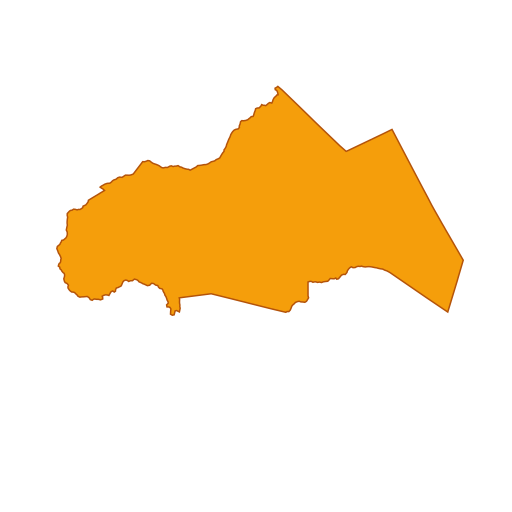 Vitória da Conquista, Bahia, Brazil (Mercator projection), rotated 62°
{"feature_id": "56859067B29313776642568", "entity_name": "Vitória da Conquista", "entity_type": "district", "adm_level": 2, "iso_a3": "BRA", "parent_name": "Brazil", "parent_adm1": "Bahia", "projection": "mercator", "projection_center": [-40.964, -15.074], "detail": "fine", "context": "isolated", "style": "filled", "palette": "amber", "viewbox_px": 512, "rotation_deg": 62, "n_neighbors": 0, "source": "geoboundaries", "source_scale": "gbopen_adm2", "svg_char_len": 4903}
<svg xmlns="http://www.w3.org/2000/svg" viewBox="0 0 512 512"><g transform="rotate(62 256 256)"><path d="M116.5,157.1L116.8,158.7L116.8,160.4L118.2,160.9L119.5,160.0L121.0,160.0L122.8,160.4L124.0,160.8L123.6,162.0L124.2,163.3L124.7,165.5L125.9,167.4L127.3,168.8L128.4,170.3L127.0,171.7L127.0,173.3L127.5,175.2L127.8,176.8L126.9,177.8L126.2,179.0L125.0,179.9L126.0,181.4L126.7,183.8L125.9,185.5L125.8,187.2L127.1,188.3L128.0,189.4L129.0,190.5L130.4,191.8L131.4,193.0L130.7,194.8L131.2,196.2L131.4,197.6L131.8,199.2L131.5,201.4L130.7,203.6L129.8,205.0L130.2,206.6L132.0,208.1L133.4,209.8L134.7,210.3L135.4,212.2L134.7,214.3L134.6,216.2L135.2,218.1L136.0,219.7L137.0,221.3L138.0,222.3L139.0,223.5L140.2,225.3L142.2,227.6L143.9,229.7L145.2,230.8L146.5,232.7L147.3,234.4L148.6,235.1L149.3,236.9L150.0,238.2L151.1,240.0L152.4,242.0L152.4,244.1L152.2,245.9L152.6,247.8L152.3,249.3L151.8,251.3L152.1,253.7L152.1,255.8L151.7,257.5L150.9,259.1L150.3,261.2L149.7,262.9L148.8,265.0L149.3,267.0L149.3,273.9L147.9,274.7L147.1,276.0L145.7,277.6L144.0,279.2L142.7,280.0L141.6,281.3L139.6,282.4L139.2,284.2L138.5,285.6L138.1,287.2L136.6,288.5L136.2,290.2L136.3,291.5L136.2,292.8L135.2,294.4L134.7,296.5L133.8,297.6L132.4,298.4L130.9,299.1L129.9,299.8L128.3,301.1L127.1,302.3L125.6,303.6L123.6,304.6L122.1,305.2L120.9,306.7L120.8,308.4L120.4,310.3L119.5,311.7L126.0,325.9L125.7,328.4L125.2,330.0L124.2,331.7L123.3,333.4L123.5,335.3L123.7,337.3L122.3,339.4L122.0,341.3L122.5,343.5L122.1,345.9L122.3,347.6L122.8,348.9L123.1,350.9L122.0,353.3L121.6,355.8L121.7,357.7L121.7,359.6L122.0,361.3L123.5,360.6L124.9,359.7L127.0,359.0L128.1,377.8L129.3,378.7L130.2,380.4L131.0,382.3L130.9,383.7L130.8,385.3L132.0,386.3L132.2,388.0L132.3,389.6L131.5,390.9L131.3,392.3L130.0,393.6L129.0,395.1L129.2,396.9L128.7,398.3L128.8,399.6L129.3,401.0L129.9,402.7L131.4,403.6L133.3,404.1L135.2,405.5L137.1,406.7L138.6,407.5L140.2,408.1L141.7,409.4L142.9,410.4L144.0,411.3L146.1,411.4L148.3,412.4L149.8,413.8L150.7,415.1L151.0,416.3L151.5,418.5L151.0,420.2L152.0,421.2L152.7,422.5L153.7,423.8L154.0,425.4L154.3,426.9L156.0,428.4L158.3,428.6L160.6,429.0L162.6,428.8L164.9,428.9L166.7,429.2L167.6,430.1L168.9,430.9L170.0,431.9L170.2,433.3L171.1,434.4L172.1,435.3L173.7,434.5L175.3,435.1L176.8,434.5L178.3,434.5L180.2,434.1L181.3,433.5L182.6,433.8L183.8,434.4L184.9,435.4L185.9,436.4L188.2,437.0L189.9,437.0L191.6,435.7L193.7,435.3L194.9,436.5L196.0,437.0L197.4,436.9L198.8,436.7L200.2,436.2L201.3,435.6L202.1,434.3L203.1,433.3L204.4,433.0L206.3,432.3L207.9,432.1L209.6,430.9L210.3,429.0L211.0,427.6L211.8,425.7L212.5,424.0L214.6,422.9L216.7,422.8L218.2,421.4L217.9,419.9L218.2,418.7L219.4,417.1L220.3,415.4L221.7,413.9L222.0,411.5L220.5,410.8L219.3,410.7L219.2,409.1L219.6,407.2L220.5,405.7L221.8,404.4L220.4,402.3L219.5,400.7L219.6,398.9L221.3,398.1L221.1,396.6L219.8,395.8L218.7,394.3L219.1,392.5L219.1,391.1L219.2,389.4L218.5,388.2L217.6,387.2L216.4,385.7L215.8,384.1L216.1,382.2L217.3,381.0L218.7,380.4L218.9,378.5L219.8,376.7L219.3,374.2L220.9,372.5L222.2,371.7L223.7,371.5L224.9,370.6L226.0,369.7L227.4,368.9L228.4,367.9L229.6,367.0L231.2,365.8L231.9,363.6L231.4,362.2L231.1,360.9L232.3,359.3L233.5,358.8L234.9,358.0L235.9,356.6L237.7,356.7L239.4,356.2L240.9,354.4L242.3,354.2L243.5,354.5L244.8,354.5L246.2,354.4L247.9,354.8L249.6,354.6L251.3,354.8L253.4,355.2L255.1,355.1L256.5,355.7L257.2,357.9L259.2,358.5L260.0,357.0L261.0,356.1L262.8,356.0L264.7,357.3L267.2,358.8L269.0,357.7L269.5,355.9L268.3,354.8L266.5,353.2L266.9,351.7L267.9,351.0L269.4,349.9L268.1,348.8L266.5,347.5L264.8,347.0L263.5,346.2L261.6,345.6L259.9,344.7L258.6,343.9L256.9,343.4L268.3,313.3L280.6,299.6L291.8,287.2L294.1,284.7L309.9,267.2L319.7,256.1L319.6,254.7L320.5,253.1L319.8,251.1L318.5,249.5L317.0,247.8L316.4,246.2L316.1,244.6L315.5,243.0L315.7,241.0L316.2,239.2L317.6,237.9L318.7,236.1L319.8,234.6L319.7,232.7L318.6,230.8L317.6,229.2L315.7,228.8L303.4,222.3L303.7,220.2L304.7,218.8L305.9,218.1L306.3,216.5L306.9,215.3L308.2,214.1L308.8,212.2L310.2,210.6L310.4,208.7L311.1,206.7L312.0,204.5L311.3,202.4L310.7,201.0L311.8,199.4L312.8,197.7L312.9,195.9L314.4,195.6L314.8,193.9L314.1,192.0L313.0,189.5L313.3,187.2L314.2,185.9L313.7,184.6L313.2,183.4L312.0,182.3L311.0,180.4L310.4,178.7L310.3,176.9L311.8,175.9L312.7,174.0L312.7,171.9L313.2,170.3L314.1,169.1L314.4,167.7L315.7,166.4L317.0,164.6L317.5,163.2L318.2,161.6L319.0,160.3L320.0,158.9L321.1,157.6L322.1,156.4L323.1,155.0L324.3,153.8L325.9,151.9L327.0,150.3L328.9,149.0L330.6,147.4L332.4,146.2L333.5,145.5L373.1,124.9L395.5,113.0L375.5,93.1L372.1,89.7L370.6,88.3L357.0,75.0L353.9,75.1L342.8,75.5L328.5,76.0L321.1,76.3L319.4,76.3L314.8,76.5L310.0,76.6L299.1,76.9L293.4,77.0L285.9,76.9L275.8,76.9L252.2,76.8L209.8,76.5L208.1,76.5L207.8,86.0L206.1,125.2L205.9,127.3L197.9,130.3L171.4,139.0L164.3,141.3L158.9,143.0L143.3,148.0L121.4,155.1L116.5,157.1Z" fill="#f59e0b" stroke="#b45309" stroke-width="1.5"/></g></svg>